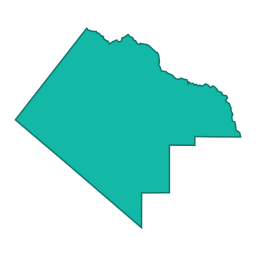 Pecos, Texas, United States of America
{"feature_id": "52423323B87811641324082", "entity_name": "Pecos", "entity_type": "district", "adm_level": 2, "iso_a3": "USA", "parent_name": "United States of America", "parent_adm1": "Texas", "projection": "natural_earth1", "projection_center": [-102.382, 30.712], "detail": "fine", "context": "isolated", "style": "filled", "palette": "teal", "viewbox_px": 256, "rotation_deg": 0, "n_neighbors": 0, "source": "geoboundaries", "source_scale": "gbopen_adm2", "svg_char_len": 1124}
<svg xmlns="http://www.w3.org/2000/svg" viewBox="0 0 256 256"><path d="M33.3,135.0L62.9,160.1L141.5,227.7L141.6,192.9L169.4,192.7L169.4,145.1L194.8,145.3L194.8,136.5L212.2,136.8L240.6,136.9L239.7,132.7L235.8,129.9L235.7,126.0L234.7,121.9L232.4,121.1L231.7,116.9L232.8,114.4L230.8,110.4L231.1,108.5L229.2,103.6L225.4,101.0L227.5,97.7L226.3,95.7L223.3,95.3L221.9,94.2L221.7,92.5L217.8,91.1L216.7,88.9L213.9,86.4L212.7,86.0L210.4,87.6L207.8,84.9L205.8,83.9L201.7,86.4L199.8,85.1L198.2,85.9L196.0,84.3L194.6,85.2L193.0,83.3L190.8,83.5L188.8,82.1L188.1,83.9L186.9,79.8L183.1,79.1L181.3,78.1L178.9,79.3L176.1,79.0L172.1,75.1L167.7,73.2L165.9,71.6L163.7,71.3L161.5,71.1L159.8,66.6L158.6,64.9L159.5,61.9L158.6,55.2L157.4,52.7L156.0,52.2L151.9,48.5L149.6,46.2L147.1,44.7L140.1,43.4L139.5,44.7L137.5,44.0L135.5,40.7L134.0,40.4L132.5,37.6L129.9,36.7L128.1,34.5L124.1,37.4L122.1,37.8L121.5,40.9L118.6,42.2L116.8,40.0L112.5,41.9L109.5,44.1L108.0,41.2L105.8,40.4L103.1,38.0L103.5,36.6L101.0,35.7L98.7,33.1L96.7,33.0L96.3,31.5L92.3,31.3L88.2,30.1L86.7,28.3L15.4,119.8L33.3,135.0Z" fill="#14b8a6" stroke="#0f766e" stroke-width="1.5"/></svg>